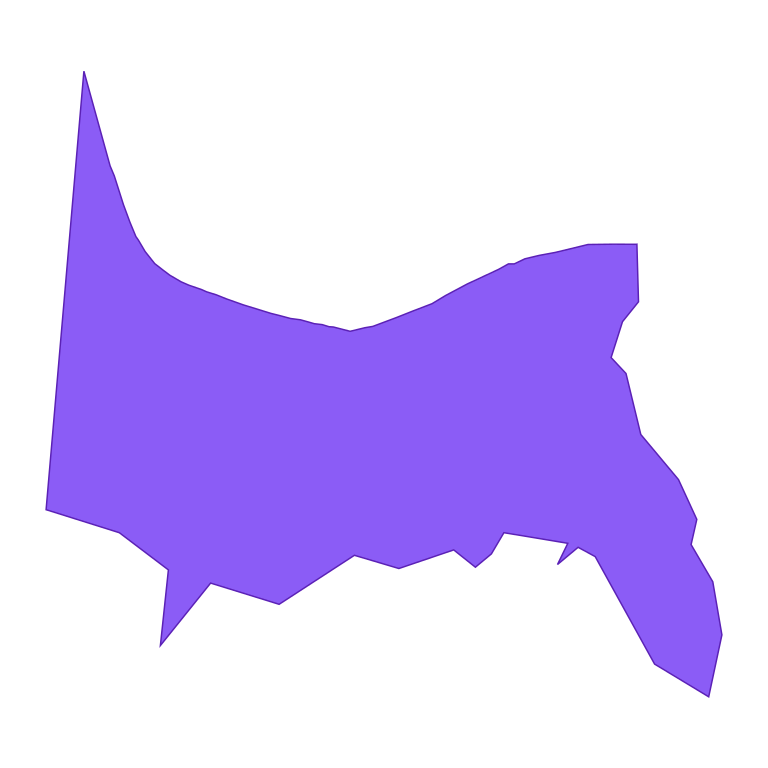 Aweil North, Northern Bahr el Ghazal, South Sudan
{"feature_id": "79223893B62952270667029", "entity_name": "Aweil North", "entity_type": "district", "adm_level": 2, "iso_a3": "SSD", "parent_name": "South Sudan", "parent_adm1": "Northern Bahr el Ghazal", "projection": "natural_earth1", "projection_center": [26.779, 9.406], "detail": "fine", "context": "isolated", "style": "filled", "palette": "violet", "viewbox_px": 768, "rotation_deg": 0, "n_neighbors": 0, "source": "geoboundaries", "source_scale": "gbopen_adm2", "svg_char_len": 1029}
<svg xmlns="http://www.w3.org/2000/svg" viewBox="0 0 768 768"><path d="M708.7,696.8L721.9,634.9L712.8,581.8L691.1,544.6L696.8,519.4L678.5,479.6L640.8,434.5L626.0,373.5L611.1,357.6L622.5,321.7L638.5,301.8L636.9,244.2L636.4,244.3L613.3,244.2L588.0,244.5L555.4,252.4L539.2,255.4L524.9,258.8L514.2,263.9L508.4,263.9L498.5,269.4L467.2,284.0L445.6,295.5L432.0,303.7L413.7,310.7L396.3,317.6L372.8,326.4L365.0,327.7L350.1,331.3L333.4,327.0L329.0,326.7L322.2,324.6L314.3,323.7L308.1,321.9L300.5,319.8L290.6,318.5L279.4,315.5L271.0,313.4L243.4,304.9L226.2,298.8L216.5,294.9L206.6,291.8L201.9,289.7L188.9,285.2L181.1,281.8L169.8,275.2L163.3,270.3L154.7,263.6L145.1,251.5L138.5,240.3L137.2,238.4L135.9,236.6L129.9,222.1L123.4,204.5L114.3,175.9L110.1,165.9L83.9,71.2L46.1,509.7L119.3,532.7L168.4,569.9L160.4,645.5L210.6,583.1L279.1,604.3L354.4,555.3L398.9,568.5L453.7,549.9L475.4,567.2L491.4,553.9L503.9,532.7L567.8,543.3L557.5,564.5L578.1,547.3L595.2,556.6L654.6,664.1L708.7,696.8Z" fill="#8b5cf6" stroke="#5b21b6" stroke-width="1.5"/></svg>